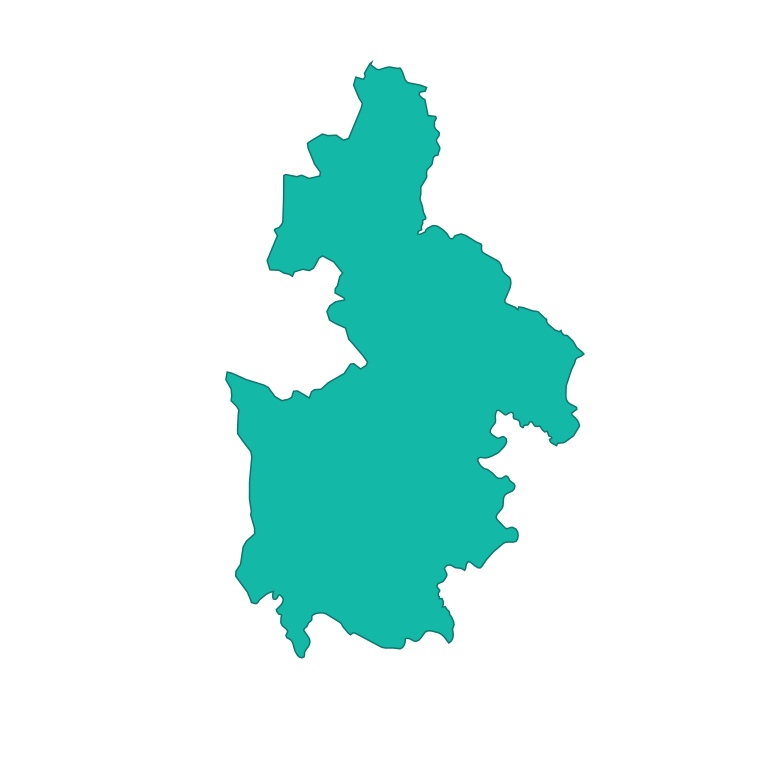 outline of Sikasso, rotated 302°
{"feature_id": "MLI-2794", "entity_name": "Sikasso", "entity_type": "Region", "adm_level": 1, "iso_a3": "MLI", "parent_name": "Mali", "parent_adm1": "", "projection": "robinson", "projection_center": [-6.512, 11.478], "detail": "fine", "context": "isolated", "style": "filled", "palette": "teal", "viewbox_px": 768, "rotation_deg": 302, "n_neighbors": 0, "source": "natural_earth", "source_scale": "10m", "svg_char_len": 6171}
<svg xmlns="http://www.w3.org/2000/svg" viewBox="0 0 768 768"><g transform="rotate(302 384 384)"><path d="M650.4,203.1L649.0,203.4L648.2,203.1L647.7,203.5L647.0,211.1L648.1,213.5L653.7,218.3L655.8,220.7L658.5,227.5L659.6,229.4L660.3,229.9L660.4,230.5L659.5,232.5L657.7,235.2L653.1,240.8L652.1,244.3L656.8,256.7L658.0,263.0L654.2,263.8L650.7,260.0L648.9,260.1L647.5,261.0L646.7,265.5L646.8,268.0L635.0,279.1L638.2,286.0L637.0,287.6L633.1,287.8L628.6,290.7L627.2,293.6L627.0,295.9L626.3,297.8L623.8,299.1L619.9,298.9L618.5,299.2L617.2,300.5L614.4,305.7L612.6,306.9L608.9,307.6L606.7,308.4L604.2,306.0L601.5,306.0L596.1,308.2L593.4,308.1L590.7,307.4L587.9,307.1L585.1,308.4L582.7,310.3L581.4,310.7L570.5,310.9L564.4,314.7L560.5,316.1L558.6,318.0L555.2,322.2L550.2,326.8L547.7,330.8L546.8,331.6L545.8,331.7L543.6,330.3L542.7,330.3L541.1,331.6L536.7,332.4L535.3,333.9L534.6,334.1L531.8,332.3L529.2,332.9L529.2,333.6L530.0,335.3L534.0,337.8L534.5,338.4L536.8,337.9L539.2,338.4L543.7,341.1L545.2,343.1L546.2,346.0L546.1,351.7L545.0,357.4L542.6,362.0L542.6,363.7L543.6,365.3L547.5,365.7L552.1,369.8L553.3,374.9L553.3,387.0L554.1,392.2L553.1,393.5L550.3,395.0L548.3,396.9L547.8,399.5L548.7,414.8L548.4,417.1L546.9,420.2L542.8,424.7L541.6,428.1L540.8,434.1L539.5,436.1L536.5,438.3L532.2,440.0L519.4,441.9L517.5,443.2L517.1,445.5L518.6,454.4L517.9,458.2L520.8,457.4L522.5,461.5L524.9,471.7L526.4,474.7L526.9,476.5L525.1,485.0L525.0,487.6L523.1,488.9L522.2,490.0L521.6,492.1L520.4,500.0L521.2,504.9L523.2,505.7L521.9,507.1L521.0,509.4L520.9,511.6L521.9,512.6L522.2,514.0L520.5,521.7L517.0,528.2L516.0,535.6L515.3,537.7L511.8,536.3L509.0,534.2L507.3,533.5L506.1,533.6L502.5,534.6L495.4,535.4L478.9,539.5L469.7,544.9L467.7,546.6L466.2,549.0L465.7,551.7L466.2,559.7L464.7,560.9L458.8,558.6L457.3,559.9L456.8,563.6L455.9,566.7L454.4,569.5L452.0,572.1L440.5,572.2L430.8,568.3L429.1,567.1L426.6,563.7L425.2,562.6L423.2,563.1L422.8,557.7L423.1,555.7L424.7,553.7L426.5,554.9L427.6,554.5L427.8,553.7L427.3,551.4L430.4,547.5L428.5,545.7L428.9,543.0L430.8,538.5L428.7,535.7L428.3,534.3L428.6,533.1L430.2,529.6L429.6,528.1L428.8,527.6L426.3,527.9L425.5,527.6L423.4,525.0L422.2,524.8L421.2,525.2L420.5,524.8L420.5,522.6L421.1,521.4L423.5,519.3L424.3,518.1L424.5,516.3L423.4,512.6L424.4,511.2L427.1,509.7L427.8,507.9L427.3,506.8L426.2,505.7L422.4,503.8L422.0,502.7L422.6,496.7L422.4,494.6L421.1,493.8L418.1,494.3L415.0,495.7L412.7,497.6L410.2,498.9L404.2,498.3L401.4,498.5L399.2,499.7L398.3,502.3L398.1,508.1L398.7,510.1L401.8,512.0L402.8,513.4L402.3,516.8L399.9,518.6L396.8,519.2L394.1,519.0L387.1,517.5L385.0,516.7L379.8,513.5L377.2,511.5L375.3,509.6L372.7,504.5L371.0,503.3L368.1,504.3L368.3,504.8L366.2,508.4L365.6,511.1L365.3,513.8L366.4,517.2L365.8,523.9L364.5,528.6L364.7,531.1L366.4,533.9L370.1,535.6L370.9,536.7L370.9,538.3L368.8,541.7L368.2,547.1L367.1,548.9L364.1,550.0L361.3,549.6L356.5,546.4L353.7,545.4L350.9,545.7L343.3,549.7L340.8,550.0L333.6,549.0L330.7,549.5L329.1,551.3L326.1,563.0L326.3,564.9L329.4,567.4L330.6,569.0L330.9,572.8L329.3,575.8L326.6,578.1L323.6,579.3L320.5,579.4L318.2,577.1L316.3,573.8L314.2,571.0L312.0,569.6L299.4,565.6L289.2,563.9L281.2,563.7L279.0,563.0L278.0,561.2L277.9,557.7L278.7,551.8L277.9,549.5L275.0,549.3L270.3,551.1L268.7,551.1L268.6,547.2L266.0,541.7L265.9,537.1L265.2,535.5L264.1,534.1L262.8,533.3L261.4,532.9L259.5,533.0L256.5,537.4L255.5,538.5L254.3,538.9L250.7,539.0L247.7,538.7L243.1,535.5L240.4,536.0L239.7,537.3L238.6,540.6L237.4,541.0L235.9,540.8L234.8,541.1L233.0,542.7L233.0,543.7L231.2,544.6L232.8,546.8L231.3,549.2L228.5,551.1L225.9,551.7L227.6,554.2L226.1,557.1L225.8,559.2L225.1,560.4L223.3,561.9L222.4,564.5L219.3,569.0L216.9,571.0L212.4,572.0L208.8,575.1L206.4,576.4L203.8,577.2L201.1,577.2L198.7,576.2L201.4,569.2L202.1,565.8L201.9,562.0L199.7,555.0L197.8,551.9L195.3,550.3L188.4,549.9L185.0,549.2L182.5,547.3L181.9,545.4L181.7,541.5L181.3,539.8L180.0,537.5L179.2,537.1L176.1,538.8L173.1,539.5L170.4,539.4L168.0,538.0L164.8,531.3L160.9,525.2L159.5,521.4L157.5,492.5L157.0,489.9L153.6,488.4L153.9,485.4L156.6,477.3L158.2,474.8L158.5,472.1L158.4,457.0L157.6,453.7L155.6,450.4L153.0,447.6L150.2,445.9L148.6,446.0L146.1,447.5L144.9,447.7L141.3,446.6L137.4,447.1L134.8,446.2L132.7,446.2L129.3,454.0L128.0,456.2L125.7,458.0L123.7,458.7L121.4,459.0L116.9,458.6L114.4,458.8L112.2,460.1L110.2,460.8L108.2,459.3L107.6,457.0L108.1,454.4L110.3,450.2L116.3,443.5L117.6,440.5L117.4,436.0L118.6,434.3L119.7,433.8L122.3,433.8L123.4,433.1L124.5,430.8L125.2,425.6L126.8,423.1L131.4,420.4L133.6,419.8L133.8,418.7L133.1,416.6L134.4,413.3L135.6,412.3L140.6,413.5L142.8,413.8L145.4,413.7L147.8,412.8L149.3,410.8L150.0,407.1L148.7,406.4L146.3,406.8L144.0,406.3L143.0,404.2L144.5,402.3L147.2,400.9L149.5,400.2L146.6,397.5L142.8,395.4L135.0,392.8L131.5,392.7L130.0,392.0L129.0,389.9L128.5,387.2L130.2,385.4L135.1,378.5L142.4,360.1L146.8,357.7L155.0,357.9L171.2,350.9L177.8,350.6L188.5,353.7L193.2,350.6L202.4,340.3L205.7,339.0L215.3,330.8L230.0,321.7L252.0,310.6L256.1,307.0L261.1,293.7L264.3,286.3L267.5,284.1L280.3,276.9L285.0,274.7L287.0,270.8L288.8,263.2L293.2,261.2L298.7,257.1L303.9,247.6L311.0,244.7L312.5,248.9L314.7,264.8L319.4,282.6L319.7,287.7L315.6,298.1L315.7,306.1L320.2,310.9L323.9,312.8L329.9,311.1L332.3,314.4L332.6,328.0L339.0,326.7L342.3,328.0L346.2,333.4L355.4,336.0L371.9,344.7L383.1,345.0L385.2,347.6L384.3,356.1L390.1,359.0L393.8,358.5L396.8,351.4L401.6,336.5L403.2,330.5L411.1,321.7L409.6,310.8L409.4,303.9L415.2,297.2L421.6,296.6L428.1,299.4L434.3,306.0L435.8,304.5L435.3,294.3L438.9,292.2L442.7,292.5L451.6,289.6L456.2,290.1L460.9,276.9L460.1,264.1L456.4,262.2L444.9,262.9L440.7,260.6L438.2,254.3L431.5,248.5L426.8,249.3L426.8,245.4L425.0,240.3L424.8,234.6L420.4,226.8L426.8,219.5L453.3,215.0L456.3,209.6L457.6,209.5L461.4,212.2L467.2,212.7L486.7,201.4L507.7,188.6L509.5,189.6L513.7,200.4L517.4,203.5L518.6,211.5L526.3,219.3L529.9,217.9L533.7,208.6L543.8,194.7L547.4,191.7L549.8,192.4L563.3,199.3L564.9,204.8L569.7,211.7L569.3,220.4L573.5,223.9L605.8,218.5L610.5,216.9L613.2,211.4L621.4,199.8L629.3,197.5L631.5,205.2L635.0,205.1L637.0,202.8L648.0,202.3L650.4,203.1Z" fill="#14b8a6" stroke="#0f766e" stroke-width="1.5"/></g></svg>